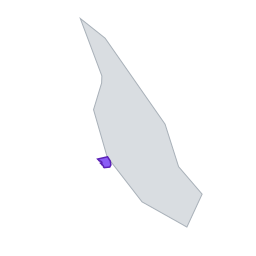 location of Ngermetengel, Palau, rotated 317°
{"feature_id": "81905179B39687877092944", "entity_name": "Ngermetengel", "entity_type": "district", "adm_level": 2, "iso_a3": "PLW", "parent_name": "Palau", "parent_adm1": "", "projection": "natural_earth1", "projection_center": [134.5, 7.522], "detail": "fine", "context": "in_parent", "style": "filled", "palette": "violet", "viewbox_px": 256, "rotation_deg": 317, "n_neighbors": 0, "source": "geoboundaries", "source_scale": "gbopen_adm2", "svg_char_len": 1206}
<svg xmlns="http://www.w3.org/2000/svg" viewBox="0 0 256 256"><g transform="rotate(317 128 128)"><path d="M137.1,226.9L103.5,240.6L87.9,191.6L93.1,134.8L115.3,91.1L139.4,77.1L144.4,72.1L167.8,15.4L172.5,46.7L157.7,150.5L138.6,190.8L137.1,226.9Z" fill="#d9dde1" stroke="#a8b0b8" stroke-width="1"/><path d="M84.6,130.0L84.6,130.3L84.8,130.5L84.7,130.6L84.7,130.8L84.8,130.9L84.7,131.0L84.6,131.4L84.6,131.5L84.6,131.8L84.7,131.7L84.7,131.8L84.7,132.0L84.7,132.3L84.8,132.3L84.9,132.5L84.9,132.8L85.0,132.9L85.0,133.0L85.2,133.3L85.3,133.5L85.4,133.9L85.5,134.0L85.5,134.3L85.5,134.5L85.4,134.8L85.3,135.0L85.5,135.3L85.4,135.4L85.2,135.4L84.9,135.5L84.7,135.8L84.8,135.9L84.7,136.0L84.7,135.9L84.6,136.0L84.1,135.6L84.1,135.4L84.0,135.5L83.9,135.4L83.9,135.5L84.3,135.8L84.4,136.0L84.3,136.3L84.4,136.5L84.5,136.4L84.4,136.6L84.2,136.6L84.2,136.8L84.1,136.7L84.0,136.8L83.9,136.8L83.8,137.0L83.9,137.3L84.0,137.4L84.0,137.5L84.1,137.8L84.1,138.0L84.1,138.3L84.1,138.5L84.1,138.8L84.0,139.0L83.9,139.1L83.9,139.3L83.8,139.5L83.7,139.7L83.7,139.8L83.5,140.0L83.6,140.3L83.6,140.6L83.6,140.8L88.0,144.1L90.3,143.3L92.5,140.0L93.4,135.1L84.6,130.0Z" fill="#8b5cf6" stroke="#5b21b6" stroke-width="1.5"/></g></svg>